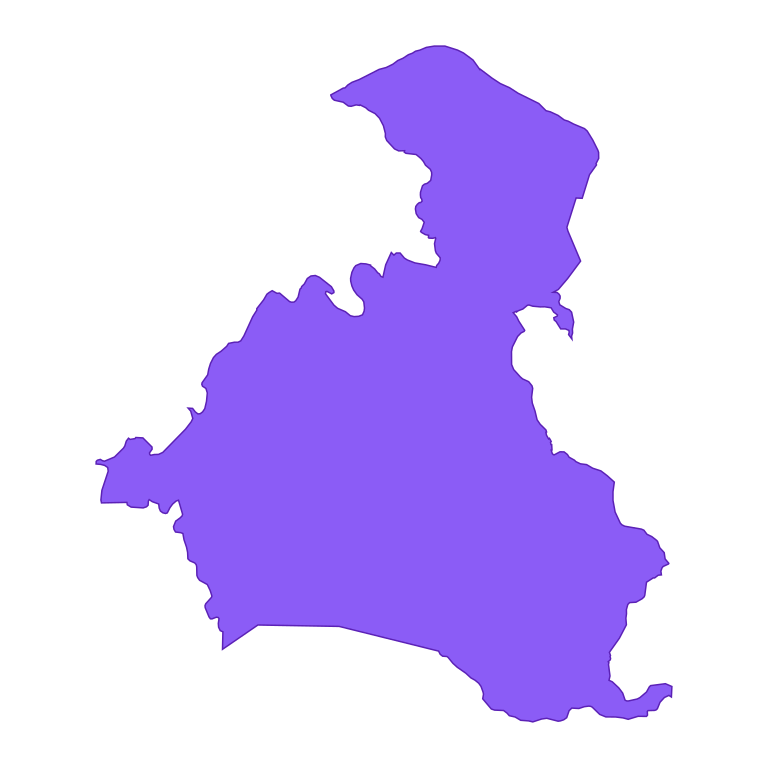 outline of San Fernando, Bolívar, Colombia
{"feature_id": "7082276B31468008536836", "entity_name": "San Fernando", "entity_type": "district", "adm_level": 2, "iso_a3": "COL", "parent_name": "Colombia", "parent_adm1": "Bolívar", "projection": "mercator", "projection_center": [-74.356, 9.108], "detail": "fine", "context": "isolated", "style": "filled", "palette": "violet", "viewbox_px": 768, "rotation_deg": 0, "n_neighbors": 0, "source": "geoboundaries", "source_scale": "gbopen_adm2", "svg_char_len": 6088}
<svg xmlns="http://www.w3.org/2000/svg" viewBox="0 0 768 768"><path d="M671.4,697.0L671.9,686.5L665.4,683.7L650.6,685.6L649.3,686.9L646.5,692.0L639.9,697.6L637.2,699.0L628.2,701.0L626.6,700.9L625.1,700.2L622.7,693.1L618.8,687.9L612.3,681.8L609.0,680.3L610.0,676.0L608.5,664.5L608.9,662.6L608.2,661.8L610.3,659.8L610.6,658.3L610.0,656.7L610.5,655.6L609.4,652.3L619.4,638.2L626.4,624.8L625.9,618.2L626.5,613.8L626.4,609.6L627.8,604.5L629.6,602.6L636.0,602.2L642.2,598.7L644.2,596.8L644.8,595.2L646.5,582.2L653.2,577.9L654.7,577.9L658.2,575.2L661.4,574.9L660.9,571.1L662.0,567.9L663.1,566.5L668.5,564.0L668.8,563.3L665.1,558.9L664.2,552.6L659.8,547.8L657.6,541.5L656.8,540.5L651.8,536.6L647.0,534.3L643.9,530.2L641.4,529.1L624.7,526.2L621.9,524.8L620.3,523.1L615.1,512.0L613.0,500.4L613.0,491.7L614.3,482.1L607.2,475.7L600.9,470.9L592.7,468.2L586.6,464.6L580.4,463.8L575.8,461.6L574.5,460.2L569.1,457.2L567.4,454.5L564.1,451.9L560.0,451.8L554.3,454.8L553.4,454.7L552.3,453.6L551.2,450.1L552.0,450.0L551.7,444.6L551.0,444.6L550.5,442.3L551.2,441.6L550.6,440.3L549.4,438.3L548.6,438.9L546.5,435.2L545.9,432.3L546.6,432.0L545.9,429.9L540.2,424.3L537.1,419.8L535.0,411.0L532.3,403.1L531.6,397.2L532.7,388.4L532.0,385.8L528.7,381.7L522.6,378.9L520.3,376.9L513.7,369.6L511.6,364.5L511.5,351.6L512.4,346.9L517.6,336.5L521.1,332.9L524.1,331.4L524.7,330.3L518.9,321.3L516.7,316.8L513.2,312.7L516.0,311.4L516.6,311.3L516.6,311.9L518.4,310.7L522.9,309.0L527.4,305.3L529.0,305.0L532.7,306.2L540.4,306.9L544.7,306.8L551.1,307.8L553.7,312.1L557.5,314.9L557.2,316.1L553.8,317.7L554.2,320.0L556.1,321.6L560.7,328.9L565.4,328.9L568.9,330.4L569.2,332.3L568.6,334.6L571.9,339.0L571.6,336.2L572.6,333.0L572.4,329.1L573.7,322.1L571.6,312.2L569.3,309.7L565.8,308.5L559.8,304.8L558.8,301.7L560.1,298.3L560.1,296.0L559.0,294.1L557.1,292.5L553.1,292.3L558.3,289.5L567.6,278.6L580.6,261.1L567.9,231.0L566.9,227.3L576.1,198.0L582.2,198.3L589.5,174.7L596.5,164.9L596.0,163.7L598.7,158.4L598.6,152.4L597.9,150.3L592.8,140.1L587.2,131.0L584.5,128.6L573.5,124.0L568.2,121.2L564.3,120.0L558.1,115.4L550.3,111.8L546.0,110.7L538.8,103.5L518.0,93.2L509.7,87.8L500.2,83.5L492.0,78.1L480.1,69.1L479.8,69.5L473.0,60.0L463.5,53.0L457.6,50.1L445.0,46.1L434.1,46.1L426.3,47.4L419.9,50.1L415.5,51.2L412.4,53.2L408.4,54.7L402.9,58.3L397.8,60.5L392.9,64.2L386.2,67.5L379.1,69.4L359.1,79.6L352.0,82.3L347.8,85.0L345.0,87.9L343.2,88.1L330.8,94.9L330.9,95.6L332.3,98.5L334.3,100.2L343.2,102.2L348.3,106.0L351.1,106.3L356.1,104.9L359.7,105.4L360.1,104.9L365.7,107.7L368.5,110.2L375.1,113.6L379.5,118.2L383.4,125.7L385.4,133.5L385.3,136.9L386.8,140.6L394.5,148.9L398.7,150.9L404.6,150.7L404.2,152.1L405.9,153.3L416.1,154.5L420.9,158.5L423.5,161.6L425.5,165.2L430.3,169.3L431.6,172.3L431.7,174.9L430.7,180.4L427.3,183.3L424.4,184.2L422.5,185.8L420.5,192.2L420.4,194.9L420.7,197.7L421.6,198.8L422.1,201.1L420.6,202.6L419.3,202.6L417.4,204.2L415.8,206.4L415.4,209.0L416.2,213.7L418.7,217.6L422.0,219.4L424.2,222.3L422.1,228.6L420.6,231.3L421.3,232.3L425.3,234.6L428.6,235.3L428.4,237.6L429.0,238.1L432.8,238.3L435.4,237.6L435.7,238.4L434.5,243.7L435.4,250.8L436.3,253.2L440.2,257.8L440.1,260.2L438.7,263.2L436.7,265.5L436.2,267.4L425.7,264.8L414.9,262.9L407.4,260.0L404.4,258.1L400.1,253.0L396.3,253.0L393.9,255.1L391.3,252.5L385.7,264.8L382.9,277.2L380.9,276.4L379.4,273.9L377.6,272.7L374.6,268.9L370.6,265.8L370.6,265.1L366.0,263.9L360.8,263.5L355.8,265.6L354.0,267.8L351.9,272.3L350.6,278.3L350.7,281.1L351.9,286.0L353.7,290.1L357.0,294.7L362.2,299.3L363.8,301.9L364.5,308.1L364.1,311.2L362.5,314.8L358.7,316.3L354.1,316.6L350.3,315.7L345.4,311.7L337.6,308.3L333.9,305.1L325.5,293.8L325.9,291.6L327.0,291.4L331.7,293.9L333.9,292.6L333.9,291.0L331.4,286.7L319.5,277.3L315.3,275.5L310.9,276.0L307.3,278.5L304.3,284.0L301.7,286.5L301.1,288.2L300.0,289.1L298.1,297.1L295.7,300.8L293.9,302.1L291.5,302.2L289.6,301.6L279.6,293.1L276.9,293.3L272.2,290.7L269.1,292.5L266.9,294.2L263.6,299.9L256.8,308.6L256.8,310.2L252.7,316.7L243.9,335.9L240.8,340.8L238.1,342.2L234.4,342.2L228.6,343.4L226.7,346.3L221.0,351.3L216.4,354.3L213.5,357.5L210.5,363.4L208.7,369.2L207.7,374.8L202.1,382.7L201.8,384.3L202.5,386.2L205.9,388.4L207.3,392.9L206.5,401.3L204.8,408.6L202.6,411.9L200.2,413.7L197.9,413.9L195.3,411.9L192.6,408.4L188.1,408.1L190.7,411.1L192.8,418.5L191.2,421.8L185.5,429.2L162.8,452.4L158.5,454.4L154.3,454.5L150.6,455.3L149.7,454.3L149.5,452.9L152.1,449.2L152.0,447.0L142.9,437.9L135.8,437.5L135.0,438.6L130.1,439.4L128.5,438.2L126.3,441.1L124.8,446.0L123.4,448.2L114.5,457.0L104.5,461.2L102.5,460.7L100.3,459.4L97.4,460.2L96.2,461.4L96.1,464.0L100.7,464.4L104.6,465.4L107.7,467.5L108.2,471.2L101.9,490.3L100.9,500.0L101.5,502.9L126.9,502.4L127.3,504.8L131.1,507.1L143.2,507.9L146.5,506.8L148.1,505.2L148.4,500.9L149.2,499.6L152.3,501.7L158.7,504.0L159.2,508.1L160.4,511.0L162.8,512.8L165.6,513.5L167.3,512.9L170.0,507.6L172.6,504.1L176.2,501.0L178.5,500.2L182.6,514.3L182.1,515.9L180.1,517.9L175.7,521.1L173.5,526.6L174.0,529.4L175.5,532.0L180.8,532.7L182.9,533.5L184.0,539.7L186.5,547.1L187.6,552.4L187.9,558.8L189.9,560.8L194.7,562.9L196.2,564.6L196.7,566.8L196.9,575.4L197.7,577.6L199.6,580.3L207.3,584.5L210.2,590.6L211.9,596.0L211.5,597.3L205.7,603.8L205.0,605.7L205.2,607.7L209.0,616.9L210.4,618.8L212.0,618.9L216.4,617.2L218.3,617.5L219.0,618.6L218.3,623.5L218.6,627.2L220.2,630.6L222.9,631.8L222.5,649.3L257.9,625.0L339.1,626.4L438.6,651.1L440.2,654.3L442.6,656.2L446.9,656.5L448.1,657.4L452.9,663.3L457.3,667.3L465.8,673.2L470.9,677.9L475.0,680.2L478.7,683.2L481.0,686.4L483.0,691.9L483.5,694.1L482.7,698.8L491.3,709.0L494.6,710.1L503.6,710.5L507.0,713.1L509.3,715.7L515.1,717.0L520.7,720.3L528.6,720.9L532.8,721.9L541.7,719.0L546.8,718.3L558.1,721.2L560.4,720.9L563.7,719.8L566.7,717.7L569.1,710.7L571.8,708.1L578.9,708.5L584.3,706.7L588.9,706.1L590.9,706.4L592.3,707.2L599.7,714.4L605.8,716.9L615.7,717.0L623.0,717.9L628.2,719.3L638.1,716.3L646.5,716.4L647.5,715.1L647.3,711.5L648.0,710.6L654.7,710.4L656.3,709.8L657.4,708.7L660.0,702.3L664.4,697.5L668.9,695.4L671.4,697.0Z" fill="#8b5cf6" stroke="#5b21b6" stroke-width="1.5"/></svg>